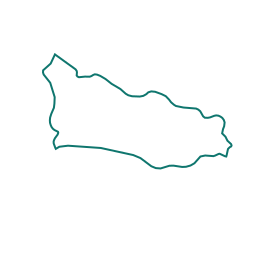 the Province of Jijel, rotated 205°
{"feature_id": "DZA-2165", "entity_name": "Jijel", "entity_type": "Province", "adm_level": 1, "iso_a3": "DZA", "parent_name": "Algeria", "parent_adm1": "", "projection": "albers", "projection_center": [5.919, 36.73], "detail": "fine", "context": "isolated", "style": "outline", "palette": "teal", "viewbox_px": 256, "rotation_deg": 205, "n_neighbors": 0, "source": "natural_earth", "source_scale": "10m", "svg_char_len": 1385}
<svg xmlns="http://www.w3.org/2000/svg" viewBox="0 0 256 256"><g transform="rotate(205 128 128)"><path d="M26.9,143.7L28.0,143.4L34.0,143.4L34.9,142.8L37.4,139.8L38.7,138.6L46.4,135.7L50.3,132.8L52.9,124.1L55.5,120.4L59.0,117.4L62.4,115.6L70.9,113.1L74.5,111.3L81.4,105.1L85.9,103.4L90.7,103.2L104.0,106.0L111.8,105.7L144.2,98.4L174.9,86.6L182.3,82.0L184.6,78.6L185.5,79.3L188.8,82.6L189.6,84.1L189.9,85.5L189.9,87.8L189.0,92.3L189.2,94.2L189.9,95.0L193.8,95.1L195.8,95.6L197.7,96.6L199.4,98.1L200.9,99.8L202.1,102.0L203.0,104.6L203.5,108.4L203.7,115.0L205.0,119.0L207.5,125.0L217.6,136.1L227.0,140.8L228.5,142.4L229.3,144.4L225.3,153.7L225.3,163.8L200.3,159.0L198.6,158.0L197.8,156.9L196.7,153.9L195.5,153.3L193.9,153.3L188.7,156.4L184.4,158.3L183.1,159.6L182.0,161.3L180.8,162.6L178.6,163.3L175.2,163.5L169.1,162.9L161.5,161.1L151.3,160.1L144.6,158.1L141.6,157.8L137.7,158.5L130.6,161.5L127.7,163.6L125.7,166.4L124.7,168.9L122.4,171.0L118.7,172.3L111.9,172.9L107.2,172.8L102.8,171.1L99.8,169.5L96.2,168.5L93.9,168.2L86.4,170.0L74.5,174.4L72.1,174.4L69.6,173.7L64.8,170.3L62.7,169.8L59.9,171.0L58.1,172.3L55.0,175.5L53.4,176.7L51.2,177.4L48.9,177.4L46.8,177.0L44.6,175.8L42.8,173.9L41.6,170.2L41.4,167.1L40.4,162.9L36.0,161.3L32.5,158.5L27.8,157.0L26.8,156.0L26.7,154.9L27.6,153.7L28.2,152.2L28.5,151.2L27.1,145.0L26.9,143.7Z" fill="none" stroke="#0f766e" stroke-width="2"/></g></svg>